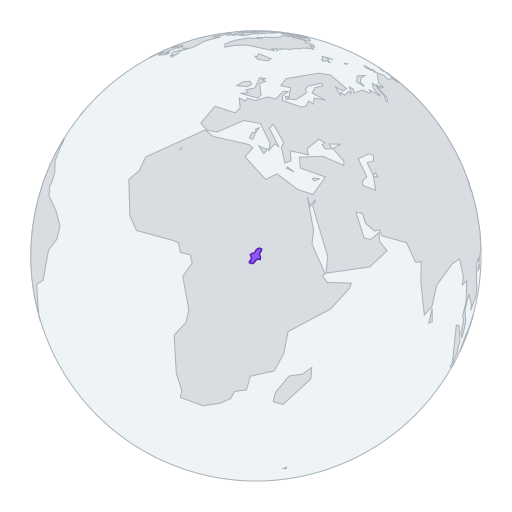 Southern Darfur highlighted on a globe, orthographic projection, rotated 21°
{"feature_id": "SDN-5856", "entity_name": "Southern Darfur", "entity_type": "State", "adm_level": 1, "iso_a3": "SDN", "parent_name": "Sudan", "parent_adm1": "", "projection": "orthographic", "projection_center": [24.503, 10.891], "detail": "fine", "context": "on_globe", "style": "filled", "palette": "violet", "viewbox_px": 512, "rotation_deg": 21, "n_neighbors": 0, "source": "natural_earth", "source_scale": "10m", "svg_char_len": 9128}
<svg xmlns="http://www.w3.org/2000/svg" viewBox="0 0 512 512"><g transform="rotate(21 256 256)"><circle cx="256" cy="256" r="225" fill="#eef3f6" stroke="#a8b0b8"/><path d="M184.2,42.5L185.4,42.1L190.2,40.5L193.7,39.5L194.0,39.6L187.4,41.5L186.3,41.8L184.5,42.5L181.1,43.6L183.0,43.1L175.0,45.9L183.2,43.3L177.1,45.7L171.7,47.7L171.9,47.2L167.3,48.9L184.2,42.5ZM120.2,76.2L122.6,74.5L129.8,69.4L134.1,67.0L142.3,61.8L145.3,60.3L153.9,55.8L152.9,57.0L147.3,60.9L140.1,65.0L137.4,67.1L144.5,64.1L131.4,73.4L123.2,83.0L119.8,85.8L112.6,88.5L111.9,85.5L102.6,91.8L108.9,88.7L100.2,96.8L98.9,98.8L99.6,99.2L103.0,96.7L100.1,100.0L92.7,103.7L95.2,100.7L97.5,99.3L97.2,98.3L92.1,102.1L88.1,106.5L85.2,109.1L96.1,97.3L107.8,86.3L120.2,76.2ZM34.7,213.9L35.1,217.5L34.4,220.1L34.3,239.1L38.2,250.2L39.0,260.7L38.2,266.0L40.4,269.3L40.5,273.2L53.0,285.4L62.3,298.4L64.0,311.8L60.2,324.7L65.9,355.1L61.5,360.9L66.6,372.8L74.0,388.1L70.7,384.1L62.0,370.5L54.2,356.2L47.5,341.4L41.9,326.1L37.4,310.5L34.1,294.7L31.9,278.6L30.8,262.4L30.9,246.1L32.2,229.9L34.7,213.9ZM74.0,388.8L77.9,394.0L78.4,394.6L74.0,388.8ZM153.8,55.5L152.2,56.4L153.8,55.5ZM157.6,53.6L155.7,54.4L157.2,53.6L158.3,53.1L157.6,53.6ZM159.5,52.9L160.1,52.2L162.8,50.9L169.2,48.2L159.5,52.9ZM187.5,41.4L186.5,41.7L187.5,41.4ZM195.4,39.1L196.2,38.8L202.9,37.1L202.5,37.3L200.5,37.8L195.4,39.1ZM199.1,38.2L202.1,37.6L199.2,38.5L195.1,39.3L199.1,38.2ZM207.1,36.1L206.0,36.3L205.5,36.5L207.1,36.1ZM190.7,42.3L191.5,41.6L195.0,40.5L190.7,42.3ZM203.5,37.3L204.5,37.0L206.0,36.6L207.3,36.5L203.5,37.3ZM216.2,34.3L216.4,34.2L221.6,33.4L222.1,33.3L215.1,34.5L218.6,33.9L219.0,33.9L212.9,35.0L215.4,34.4L216.2,34.3ZM213.2,35.4L204.7,37.5L202.5,38.8L199.2,39.7L203.5,37.4L213.2,35.4ZM213.5,35.0L212.6,35.4L209.1,36.0L207.5,36.2L213.5,35.0ZM226.3,32.7L225.5,32.9L225.4,32.8L226.3,32.7ZM213.2,35.6L215.3,35.1L213.5,35.6L213.2,35.6ZM222.5,33.4L222.2,33.4L224.0,33.1L222.5,33.4ZM219.6,34.4L216.9,35.0L215.7,35.0L219.6,34.4ZM221.5,33.9L224.0,33.5L217.0,34.7L221.1,33.8L221.5,33.9ZM224.2,33.2L225.2,33.0L224.1,33.3L224.2,33.2ZM225.5,34.4L216.9,35.9L214.4,35.7L223.1,34.3L225.5,34.4ZM428.1,110.7L430.2,113.3L424.8,107.0L430.2,114.1L434.3,118.9L433.2,116.8L440.1,126.6L445.2,133.7L456.2,152.6L463.6,169.4L465.3,177.9L466.7,181.9L464.2,178.3L465.6,187.2L474.2,208.4L475.7,215.1L475.8,229.8L474.9,224.8L468.3,215.0L470.5,231.6L475.7,243.2L477.6,258.6L475.2,255.0L472.8,241.6L470.4,237.7L468.5,223.4L461.7,203.7L459.0,209.1L456.9,200.8L447.1,185.8L441.9,193.2L435.2,218.4L438.3,240.0L434.3,250.7L419.5,221.9L412.2,201.9L407.3,204.8L391.8,189.6L366.2,192.1L362.2,187.2L357.5,190.3L346.5,186.1L340.2,178.1L333.7,179.3L350.4,200.5L357.3,199.4L362.5,190.0L365.9,198.0L376.4,204.2L366.1,225.4L327.5,246.9L323.2,230.9L291.0,188.9L291.6,184.0L291.5,183.5L291.0,182.5L288.7,190.5L282.9,182.5L300.7,211.7L303.9,224.7L327.0,247.9L324.9,250.6L332.2,255.2L354.7,247.1L354.9,252.6L344.6,278.7L313.0,315.1L316.9,337.5L314.2,356.7L293.8,370.3L295.1,384.5L284.5,390.0L283.5,398.0L274.7,406.7L260.2,414.8L236.1,415.2L235.0,408.1L223.6,394.1L208.0,359.2L214.5,343.0L212.5,330.2L195.0,301.3L198.9,285.2L194.1,278.4L184.3,279.8L178.8,271.5L172.8,271.2L135.4,275.0L123.9,263.7L109.9,230.3L116.5,217.9L117.5,203.1L163.4,156.5L173.3,159.7L209.7,154.5L214.2,156.3L210.2,167.3L237.6,181.1L246.2,171.7L270.9,178.9L287.1,178.2L292.5,157.4L265.9,158.0L261.1,148.2L282.2,139.1L305.4,139.8L304.3,136.1L289.4,128.2L294.6,121.5L284.3,125.1L288.6,128.7L282.2,131.3L277.9,128.3L279.9,125.8L272.8,124.4L265.2,137.6L268.7,142.7L250.4,145.5L254.6,154.5L249.6,158.9L240.7,145.4L241.5,140.4L225.0,126.7L222.6,132.0L237.9,145.6L233.2,144.6L230.1,153.0L228.8,145.8L212.7,130.6L196.0,133.9L175.0,154.4L165.1,156.0L156.8,151.7L164.2,130.9L185.3,129.8L188.2,123.5L183.7,114.4L190.5,115.2L191.2,111.7L199.2,111.3L210.2,103.2L218.2,102.4L222.4,92.5L227.1,91.0L223.3,97.1L225.0,101.3L244.9,100.7L248.7,98.6L249.8,92.5L255.2,93.6L253.7,87.8L265.1,85.6L249.9,83.8L250.7,77.7L257.5,73.2L255.0,71.2L244.0,78.7L242.1,82.1L244.8,85.4L237.2,95.8L230.3,97.7L228.0,86.4L218.1,88.2L220.6,79.6L248.8,63.0L260.6,60.3L280.6,67.3L278.0,70.7L269.5,69.6L277.5,75.7L276.8,72.7L281.2,74.0L283.2,69.4L286.4,70.1L282.7,64.8L286.9,65.2L289.2,68.5L295.7,63.1L304.3,63.3L304.2,61.8L301.7,60.2L314.4,62.2L313.8,61.0L309.3,59.9L305.2,57.0L302.8,53.1L307.4,54.0L308.8,55.5L318.7,60.5L321.9,65.1L323.5,65.2L321.8,61.5L309.8,55.2L307.1,52.7L313.2,55.1L310.8,54.0L310.9,53.1L315.2,53.2L308.6,50.4L303.2,41.5L311.1,41.6L317.2,44.2L318.2,41.2L327.0,43.1L322.9,41.8L320.6,40.4L317.9,39.8L315.7,39.1L312.0,37.8L328.7,42.8L345.0,49.0L360.7,56.5L375.8,65.2L390.1,75.0L403.7,85.9L416.4,97.8L428.1,110.7ZM148.0,180.5L146.8,184.8L148.0,180.5ZM330.6,151.7L344.1,151.8L337.1,139.5L341.7,138.8L337.6,135.2L336.5,138.7L326.3,129.0L331.8,125.2L329.6,120.2L324.9,120.0L316.5,128.7L331.1,142.3L328.4,147.5L330.6,151.7ZM35.2,217.5L34.9,220.5L34.6,219.8L35.2,217.5ZM42.5,184.6L42.0,186.7L41.8,186.6L42.5,184.6ZM43.3,181.8L42.8,183.4L42.6,183.8L43.3,181.8ZM100.7,96.5L101.1,96.3L101.1,97.5L99.6,98.3L100.7,96.5ZM109.9,96.0L105.0,101.4L107.4,97.8L104.4,99.6L105.8,94.9L118.1,87.0L112.3,91.2L109.9,96.0ZM111.1,87.3L108.8,90.6L110.8,87.3L111.1,87.3ZM187.6,95.1L190.4,97.1L187.4,101.0L177.2,103.8L181.4,98.0L187.6,95.1ZM194.9,99.3L195.5,88.3L201.8,86.8L198.2,89.4L202.3,89.4L197.6,93.8L203.1,103.7L200.8,107.9L183.2,109.7L190.2,106.5L187.1,104.4L194.9,99.3ZM185.7,69.2L186.0,66.1L199.4,66.4L197.5,69.4L187.2,71.9L183.4,69.9L185.7,69.2ZM170.8,48.9L170.1,48.9L171.9,48.2L174.0,47.6L170.8,48.9ZM190.7,42.0L176.0,48.8L174.4,49.0L167.7,53.6L160.8,56.0L165.4,52.7L155.1,58.5L156.5,56.5L150.0,60.6L160.9,53.1L161.8,52.1L163.4,52.2L169.7,49.9L172.6,48.6L181.7,44.5L186.6,42.0L193.6,39.9L197.2,39.2L197.1,39.4L192.6,40.5L195.7,40.2L189.1,42.1L190.7,42.0ZM235.7,40.3L230.5,40.0L235.6,42.5L229.0,43.2L230.0,43.5L225.4,45.0L221.4,47.5L218.4,47.6L218.2,48.6L215.1,49.8L213.7,51.3L207.9,52.3L205.8,54.3L204.2,53.6L202.1,57.0L201.0,55.0L196.9,56.9L200.1,57.8L171.7,62.4L160.6,67.0L152.0,72.2L151.2,68.9L158.8,62.3L170.4,55.4L181.2,51.9L178.9,51.4L183.4,49.8L183.3,50.8L186.1,48.3L189.8,47.3L200.1,43.1L201.8,40.8L205.6,39.5L206.8,39.9L209.8,38.4L214.5,38.5L217.4,37.7L224.9,37.4L225.5,39.3L228.6,38.4L234.5,38.5L235.7,40.3ZM227.5,34.3L229.7,35.7L227.2,37.0L215.1,37.0L211.9,37.7L204.0,38.5L207.9,36.9L209.7,36.7L212.5,36.2L210.2,36.9L214.0,36.0L216.8,36.0L220.5,35.3L220.2,35.8L227.5,34.3ZM219.4,152.2L222.9,152.6L228.4,152.1L226.5,157.7L219.4,152.2ZM208.1,141.9L211.3,141.1L211.3,148.1L207.6,148.0L208.1,141.9ZM213.1,135.1L211.5,140.6L210.2,137.5L213.1,135.1ZM226.2,96.3L229.6,95.6L230.0,97.0L228.1,99.2L226.2,96.3ZM249.4,50.2L246.8,49.3L247.8,48.7L246.2,45.8L250.9,45.4L253.8,47.0L249.4,50.2ZM288.0,161.0L283.3,165.1L280.9,163.3L283.0,162.2L288.0,161.0ZM253.4,161.5L261.4,163.9L252.8,163.0L253.4,161.5ZM254.3,49.3L253.0,48.1L256.2,48.7L254.3,49.3ZM254.3,45.0L258.0,45.4L251.3,45.0L254.3,45.0ZM360.2,442.1L360.4,443.9L357.5,444.6L360.2,442.1ZM351.2,351.0L334.5,384.9L324.3,385.8L323.1,376.4L329.8,356.2L341.9,349.6L348.0,340.0L351.2,351.0ZM478.9,288.6L477.9,290.5L476.8,289.1L477.7,284.9L479.4,283.7L479.4,285.4L478.9,288.6ZM477.5,285.0L475.2,276.4L467.8,248.8L470.5,248.2L477.4,263.5L477.1,266.9L478.5,274.0L477.5,285.0ZM480.8,270.8L480.7,271.2L480.4,270.5L480.2,258.5L480.3,251.8L480.8,251.3L480.2,233.5L481.2,252.2L480.8,270.8ZM439.3,241.9L444.0,254.0L441.4,256.8L439.3,241.9ZM468.9,188.1L468.5,189.9L467.4,186.7L467.1,182.6L468.9,188.1ZM293.0,48.5L290.0,52.6L291.1,56.2L296.5,59.0L287.5,57.3L286.0,51.6L293.0,48.5ZM301.5,42.0L296.7,40.3L299.5,40.4L301.0,40.8L301.5,42.0ZM298.1,41.4L290.7,40.7L288.5,39.4L294.7,40.2L298.1,41.4ZM272.5,43.8L271.3,44.9L268.8,44.3L272.5,43.8ZM314.3,38.8L311.5,38.0L312.9,38.2L314.3,38.8ZM304.7,36.2L305.1,36.4L302.8,35.8L304.7,36.2ZM306.3,37.4L304.4,36.4L309.0,37.9L306.3,37.4Z" fill="#d9dde1" stroke="#a8b0b8" stroke-width="1"/><path d="M252.6,261.7L252.5,261.4L252.6,261.2L252.8,260.9L252.8,260.7L252.7,260.0L252.6,259.9L252.0,258.8L251.3,257.8L250.6,257.1L250.2,256.8L251.3,255.1L252.3,254.5L253.2,253.9L253.9,251.3L254.1,249.9L254.2,249.6L254.4,249.3L256.4,247.3L257.6,247.5L258.2,247.5L258.8,247.5L259.1,249.0L259.0,250.0L258.6,250.6L258.7,253.3L259.6,254.3L260.2,254.8L260.8,256.3L261.2,257.4L261.2,257.8L260.9,257.9L260.7,257.9L260.6,258.0L260.4,258.0L260.2,258.0L259.9,258.1L259.6,258.1L259.4,258.2L259.2,258.3L258.9,258.2L258.8,258.3L258.7,258.3L258.7,258.2L258.7,258.3L258.4,258.3L258.2,258.3L258.0,258.8L258.0,259.0L258.0,259.3L257.9,259.5L257.7,259.7L257.6,259.9L257.5,260.0L257.3,260.1L257.2,260.2L257.1,260.3L257.1,261.3L257.1,261.5L256.9,261.7L256.7,261.8L256.7,262.0L256.6,262.7L256.6,262.8L256.2,263.4L256.2,263.5L256.2,263.9L256.0,264.0L255.6,264.0L255.1,264.3L254.8,264.5L254.7,264.6L254.1,264.6L253.9,264.6L253.7,264.6L253.3,264.5L253.1,264.5L252.8,264.6L252.7,264.6L252.4,264.5L252.2,264.6L252.0,264.4L252.1,264.2L252.3,263.9L252.4,263.7L252.3,263.4L252.1,263.6L251.9,263.5L251.9,263.4L251.9,262.9L252.0,262.8L252.1,262.7L252.3,262.7L252.5,262.4L252.6,262.2L252.7,261.8L252.7,261.7L252.6,261.7Z" fill="#8b5cf6" stroke="#5b21b6" stroke-width="1.5"/></g></svg>